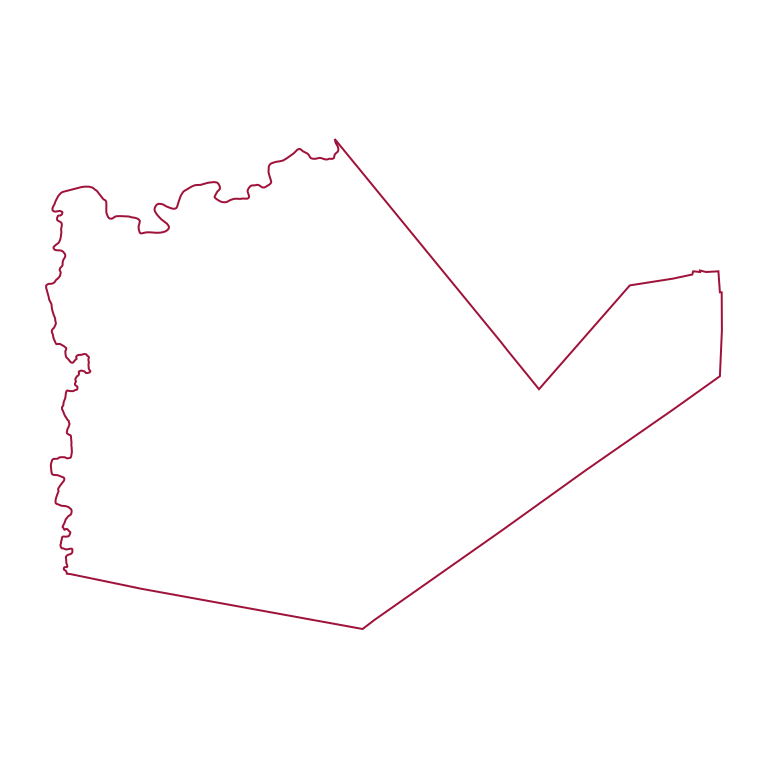 the district of Doctor Coss, Nuevo León, Mexico
{"feature_id": "50627088B25752272792370", "entity_name": "Doctor Coss", "entity_type": "district", "adm_level": 2, "iso_a3": "MEX", "parent_name": "Mexico", "parent_adm1": "Nuevo León", "projection": "albers", "projection_center": [-99.12, 25.971], "detail": "fine", "context": "isolated", "style": "outline", "palette": "rose", "viewbox_px": 768, "rotation_deg": 0, "n_neighbors": 0, "source": "geoboundaries", "source_scale": "gbopen_adm2", "svg_char_len": 5815}
<svg xmlns="http://www.w3.org/2000/svg" viewBox="0 0 768 768"><path d="M61.0,505.7L65.4,506.1L68.2,506.9L68.8,507.3L71.2,509.4L71.7,510.9L71.4,513.1L71.1,514.0L70.6,514.7L68.3,516.2L65.7,519.4L64.4,523.2L63.9,524.0L62.6,526.7L62.6,527.0L63.7,528.4L64.3,529.7L64.8,529.8L65.5,529.2L66.0,529.0L66.9,529.0L67.5,529.3L68.6,530.6L70.3,532.2L70.2,533.3L69.2,535.5L68.4,536.3L65.9,536.7L63.4,536.5L62.4,536.9L61.9,537.7L61.8,539.5L61.2,541.3L60.9,543.5L60.5,544.7L60.6,546.4L61.0,547.3L61.7,548.2L63.6,548.5L65.7,549.4L66.9,549.4L70.3,548.7L71.5,548.7L72.1,549.0L72.3,549.5L72.4,551.5L72.1,552.7L71.8,553.1L71.2,553.7L70.4,554.1L68.1,554.8L67.0,555.5L66.3,556.2L65.9,557.0L66.2,559.7L66.3,563.0L67.1,565.0L67.3,565.7L67.3,566.5L67.1,566.9L66.6,567.1L64.9,567.1L64.3,567.4L63.9,568.0L63.8,569.1L64.0,569.6L65.6,570.7L66.2,571.3L66.7,572.6L66.8,573.7L70.5,574.1L141.9,588.9L362.6,629.0L374.2,620.1L502.1,530.3L586.0,470.1L673.9,409.0L719.9,376.2L721.9,330.4L721.7,292.3L719.9,292.3L718.4,271.3L706.0,272.0L700.0,270.5L700.1,272.0L693.2,271.3L692.3,274.5L673.1,278.6L629.8,285.4L539.0,389.2L507.8,350.8L500.9,342.0L334.7,139.0L335.7,142.9L337.5,146.0L338.0,147.3L338.4,148.9L338.4,149.5L338.2,150.6L337.6,151.8L335.4,153.7L334.7,154.6L333.9,158.0L332.8,158.7L332.2,158.9L329.3,158.7L327.9,159.3L326.0,159.5L324.8,159.3L321.2,158.1L319.4,157.9L315.4,158.8L312.6,158.7L311.3,158.3L310.1,157.4L309.1,155.4L308.0,154.1L307.1,153.4L303.0,151.3L300.6,149.3L299.8,149.0L298.8,149.1L297.3,149.7L294.3,152.8L293.1,153.8L286.6,158.4L283.1,160.5L279.7,161.3L276.2,161.8L274.1,162.4L271.5,163.3L270.7,163.8L269.6,164.8L268.8,166.7L268.5,171.9L269.0,174.3L271.2,181.4L271.2,181.9L270.7,183.3L269.5,184.5L264.9,187.3L263.9,187.5L262.5,187.4L261.5,186.9L259.0,185.2L258.1,184.9L257.2,184.8L255.1,185.3L252.3,185.4L250.9,185.8L250.2,186.3L248.8,188.0L248.1,189.2L247.7,190.3L247.6,191.1L247.8,192.3L248.7,194.8L249.1,196.4L248.7,197.7L248.3,198.1L247.5,198.6L245.8,198.7L242.7,198.5L240.6,198.9L235.6,198.7L234.0,198.9L230.7,199.9L226.9,201.9L225.1,202.3L222.6,202.1L221.6,201.9L219.7,201.1L216.7,199.2L214.8,197.6L214.6,196.9L214.8,196.2L217.1,191.9L219.7,189.2L220.0,187.7L219.7,186.4L219.2,185.2L218.5,183.9L217.6,183.0L216.9,182.5L214.1,182.1L212.5,182.2L207.8,182.8L200.5,184.9L196.3,185.0L194.4,185.4L191.6,186.6L184.2,191.0L183.1,192.0L180.8,195.7L178.7,201.5L177.1,206.8L176.3,208.0L175.7,208.4L174.1,208.8L171.8,208.5L166.3,206.4L163.7,204.8L161.5,204.0L158.6,203.8L157.5,204.2L155.9,205.6L154.7,208.1L154.5,209.7L155.1,211.7L157.0,214.6L159.0,216.9L161.3,219.3L167.0,223.7L168.4,225.6L168.9,226.6L168.9,227.6L168.4,229.0L167.0,230.4L165.1,231.5L162.7,232.2L160.6,232.6L156.7,232.8L149.6,232.3L147.6,232.3L145.4,232.5L141.7,233.4L140.5,233.3L139.8,232.7L139.6,232.2L138.9,229.8L138.6,227.9L138.7,225.9L139.3,223.8L139.8,221.4L139.8,220.8L139.0,219.8L138.1,219.0L136.8,218.4L135.4,217.9L131.1,217.2L128.9,216.5L120.7,216.1L118.1,216.1L115.7,216.4L114.5,217.0L112.7,218.3L111.6,218.7L110.2,218.6L109.1,218.2L108.2,217.2L107.2,215.0L106.4,212.7L106.3,211.2L106.4,204.1L106.1,201.5L105.7,200.8L105.3,200.3L104.1,199.7L103.0,198.8L96.8,190.8L95.5,190.0L93.1,188.0L91.6,187.3L89.1,186.7L84.1,186.7L81.4,187.1L62.8,191.9L60.8,193.1L58.1,196.2L55.4,201.5L54.6,203.9L52.9,207.1L52.4,208.8L52.6,210.2L52.8,210.6L53.7,211.3L55.4,211.6L60.0,210.9L62.0,211.8L62.4,212.3L62.1,214.0L61.6,214.7L60.3,215.5L58.6,215.6L58.0,215.9L57.2,217.6L57.0,219.2L57.2,219.9L57.5,220.4L60.6,222.1L61.2,222.7L61.8,223.8L61.8,225.7L61.1,229.0L61.4,232.4L60.5,238.7L59.2,241.9L58.4,243.1L56.0,244.7L53.8,246.8L53.5,247.3L53.5,247.6L53.6,248.3L54.1,249.1L55.0,249.9L57.2,250.3L60.2,250.4L61.4,250.7L62.6,251.3L63.8,252.5L64.8,253.9L65.2,254.6L65.3,256.0L64.8,257.6L63.7,259.1L63.0,260.7L62.6,262.7L62.6,265.0L62.2,265.9L60.1,268.2L59.7,269.4L59.8,270.4L60.6,272.1L60.7,272.7L60.0,276.0L57.6,278.8L56.8,279.3L55.8,280.3L54.6,282.2L53.8,282.8L53.1,283.3L52.0,283.6L50.7,283.8L49.2,283.8L48.2,284.0L46.8,284.9L46.3,285.5L46.1,286.1L46.2,288.0L48.6,296.6L49.2,299.7L51.2,303.6L51.5,304.4L51.9,308.4L52.4,310.7L53.7,314.9L54.5,316.7L55.1,318.6L55.4,321.1L55.8,322.6L55.9,323.4L55.7,324.2L54.1,327.7L52.6,329.1L51.8,330.7L51.8,331.9L52.7,334.2L53.6,338.4L55.9,343.6L56.6,344.1L59.4,343.9L60.3,344.1L63.8,346.1L66.2,348.0L66.3,348.4L66.1,349.5L65.3,351.4L65.6,354.9L66.0,356.6L66.4,357.4L68.1,359.0L70.5,362.0L71.1,362.5L72.3,362.7L73.0,362.6L73.3,362.3L75.4,359.8L76.5,359.0L76.5,358.2L76.2,357.3L76.3,356.5L77.3,355.4L78.2,355.1L79.3,354.9L81.8,354.8L82.7,354.3L84.7,354.0L86.3,354.4L87.6,356.1L88.4,356.4L88.7,356.8L88.9,357.6L88.4,359.4L88.5,360.9L88.9,362.3L88.5,364.1L88.7,368.3L89.1,369.4L90.3,371.0L90.2,371.8L89.7,372.3L88.0,372.9L86.9,373.1L86.1,373.0L84.4,371.4L81.6,370.6L80.4,370.8L78.9,371.5L78.7,372.1L79.1,373.6L78.7,374.8L77.9,375.8L76.9,376.3L75.4,378.8L75.4,380.1L76.0,381.4L75.0,383.5L75.0,384.5L75.5,385.4L76.6,386.0L77.3,386.7L77.5,387.7L77.3,389.0L76.8,389.7L75.6,389.9L73.8,390.8L72.6,391.2L69.5,391.0L67.3,390.5L66.5,391.1L65.9,393.1L65.3,397.9L63.6,402.4L63.3,405.3L62.0,407.3L62.1,409.4L62.6,410.1L64.9,415.8L66.4,417.9L67.5,419.8L68.7,420.9L68.9,422.4L69.5,423.6L69.5,424.1L68.3,427.7L67.7,428.5L67.4,429.3L66.8,432.7L67.0,433.2L67.7,433.9L68.8,434.6L70.3,435.2L70.6,435.4L70.9,436.0L71.5,442.7L71.3,445.1L71.6,446.8L71.9,451.7L71.8,452.9L71.4,454.6L71.2,456.3L70.6,457.6L69.5,458.0L67.9,458.3L66.6,458.2L65.4,457.5L64.3,457.2L60.6,457.2L59.2,457.5L57.7,458.7L53.5,458.9L52.3,459.8L52.1,460.3L51.2,463.1L50.8,465.4L51.4,471.6L51.9,473.6L52.1,474.1L53.1,474.7L54.1,475.0L57.1,475.1L59.0,475.7L63.6,477.5L63.9,477.8L64.3,478.6L64.3,479.4L64.0,480.6L60.0,485.8L58.2,488.7L58.1,489.3L58.5,491.1L58.5,491.4L57.1,494.9L55.8,498.9L55.6,500.3L55.5,501.8L55.8,503.3L56.7,503.9L60.1,505.1L61.0,505.7Z" fill="none" stroke="#9f1239" stroke-width="2"/></svg>